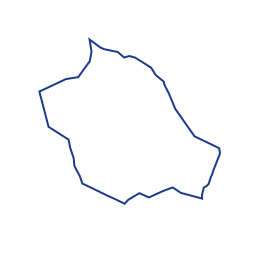 the district of Bayandelger, Sühbaatar, Mongolia, rotated 287°
{"feature_id": "93677404B18322501666911", "entity_name": "Bayandelger", "entity_type": "district", "adm_level": 2, "iso_a3": "MNG", "parent_name": "Mongolia", "parent_adm1": "Sühbaatar", "projection": "orthographic", "projection_center": [112.368, 45.634], "detail": "fine", "context": "isolated", "style": "outline", "palette": "blue", "viewbox_px": 256, "rotation_deg": 287, "n_neighbors": 0, "source": "geoboundaries", "source_scale": "gbopen_adm2", "svg_char_len": 786}
<svg xmlns="http://www.w3.org/2000/svg" viewBox="0 0 256 256"><g transform="rotate(287 128 128)"><path d="M201.4,65.4L190.3,70.8L180.7,71.9L162.1,65.5L156.6,54.3L137.0,32.6L133.6,34.6L131.9,35.7L105.9,51.7L99.5,74.6L92.0,78.6L83.5,84.7L75.7,88.1L68.0,95.9L61.6,100.6L57.4,127.6L57.1,129.9L56.3,136.0L54.6,146.9L59.5,149.3L69.0,158.0L67.7,168.3L78.3,180.3L84.2,188.1L81.4,197.6L82.2,219.5L85.1,218.4L93.1,217.9L95.5,220.1L98.1,221.5L105.8,221.6L108.1,222.0L113.4,222.1L118.2,222.5L123.6,222.9L129.3,223.4L131.6,223.1L134.2,221.6L135.3,221.1L139.5,194.0L160.2,167.5L172.6,157.3L179.9,150.3L182.8,148.6L184.4,144.7L186.8,138.9L192.4,132.5L197.4,114.3L197.2,108.2L194.3,103.7L197.7,95.9L197.0,89.1L196.4,81.7L197.0,77.7L201.4,65.4Z" fill="none" stroke="#1e3a8a" stroke-width="2"/></g></svg>